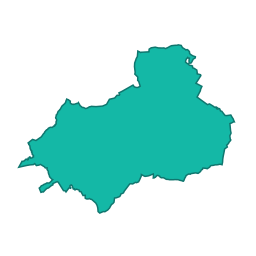 outline of Valea Danului, Arges, Romania, rotated 275°
{"feature_id": "2599482B29743473178057", "entity_name": "Valea Danului", "entity_type": "district", "adm_level": 2, "iso_a3": "ROU", "parent_name": "Romania", "parent_adm1": "Arges", "projection": "natural_earth1", "projection_center": [24.617, 45.19], "detail": "fine", "context": "isolated", "style": "filled", "palette": "teal", "viewbox_px": 256, "rotation_deg": 275, "n_neighbors": 0, "source": "geoboundaries", "source_scale": "gbopen_adm2", "svg_char_len": 5526}
<svg xmlns="http://www.w3.org/2000/svg" viewBox="0 0 256 256"><g transform="rotate(275 128 128)"><path d="M210.7,155.5L210.4,151.4L210.9,148.1L209.9,144.1L208.4,142.2L207.7,142.2L205.7,142.2L205.5,140.9L205.2,138.7L204.8,136.0L204.6,134.5L204.3,134.1L204.7,133.1L205.1,132.1L205.5,131.1L202.1,131.1L200.0,131.1L198.0,130.2L193.3,129.0L189.7,129.1L184.1,130.3L182.3,130.1L179.7,133.2L178.8,133.4L178.4,133.4L177.7,133.4L176.2,133.5L175.7,134.2L175.3,134.6L170.7,136.5L169.3,134.5L169.2,134.0L169.1,132.8L169.5,130.7L171.2,129.3L164.1,119.0L162.2,115.9L160.6,116.8L159.9,116.5L159.6,114.2L156.7,112.1L155.0,107.0L149.7,104.6L147.6,100.7L146.5,94.2L146.4,90.5L146.4,89.6L146.0,88.8L145.7,87.6L145.1,86.9L144.1,85.4L143.7,83.8L144.5,82.1L144.5,80.6L145.1,79.9L145.6,79.1L146.3,78.1L147.2,77.7L148.4,76.7L149.0,76.4L148.1,75.8L148.1,75.0L147.7,74.2L146.7,71.8L147.0,71.2L146.7,70.4L146.8,70.1L147.5,68.8L148.0,68.3L148.9,68.2L149.7,68.2L150.6,66.7L151.0,66.1L151.2,65.0L151.5,64.5L150.4,64.1L149.8,63.9L149.1,63.8L148.7,63.7L148.3,63.7L146.8,62.9L146.4,62.5L144.1,60.3L142.5,59.6L141.1,59.0L140.3,58.6L140.2,58.3L139.8,58.2L139.1,57.6L138.5,57.0L138.0,56.8L136.1,56.3L135.1,55.9L134.6,55.3L133.9,55.5L133.0,55.3L132.2,55.0L131.4,55.2L130.8,55.8L129.9,56.2L129.0,56.2L128.3,55.8L127.7,56.0L126.9,55.8L126.2,56.1L125.8,56.1L125.3,55.3L125.0,55.1L124.7,54.9L124.3,54.9L124.1,55.1L123.7,54.8L123.3,54.4L123.5,54.0L123.5,53.9L122.9,53.3L122.2,52.9L122.0,52.6L122.0,52.1L122.0,50.9L121.9,50.6L121.6,49.9L121.1,49.2L121.0,48.9L120.3,48.3L119.8,48.2L119.4,47.7L119.1,47.1L118.4,46.5L118.1,46.3L117.8,46.1L117.0,45.5L116.6,45.3L116.1,45.3L115.9,45.1L115.6,44.9L114.9,44.3L111.7,42.5L107.5,37.4L108.3,33.9L104.4,29.8L104.0,30.2L103.7,30.7L103.2,30.5L102.9,30.6L102.4,31.2L101.8,31.7L99.7,32.3L99.7,32.2L99.2,32.3L98.7,32.4L97.9,33.1L97.5,33.1L96.9,34.0L96.7,33.9L96.1,33.9L95.8,34.3L95.5,34.1L95.1,34.5L94.7,34.5L94.0,34.9L93.4,34.9L92.4,36.2L91.9,36.0L91.7,36.1L91.0,36.4L90.5,35.4L90.2,35.4L89.7,34.6L89.5,33.5L90.1,33.3L90.3,33.2L90.5,33.0L90.4,32.9L90.5,32.4L90.0,32.3L89.6,31.8L89.1,31.4L89.1,31.1L88.8,31.1L88.3,31.4L87.9,31.4L87.5,30.9L87.8,30.0L88.1,30.0L88.1,29.1L87.1,28.2L86.4,27.7L86.0,27.0L85.6,26.1L85.6,25.3L85.0,25.1L79.4,22.6L80.4,25.7L81.9,30.5L82.7,33.5L83.3,37.0L84.4,38.2L82.6,40.0L83.3,42.5L84.1,44.1L82.8,46.6L82.1,48.1L81.0,49.1L81.2,50.9L79.5,51.0L78.7,51.8L77.8,52.4L76.6,52.5L75.3,53.0L74.0,53.7L72.7,54.1L72.1,54.6L70.1,56.9L70.0,57.4L67.6,55.6L66.3,54.3L66.2,52.0L65.2,50.7L64.6,49.3L63.4,47.9L62.9,46.7L61.4,45.8L60.4,44.8L57.8,46.1L56.3,46.9L56.9,48.3L56.9,49.3L58.5,50.5L60.6,52.3L61.4,54.1L63.6,56.3L64.9,58.2L66.1,58.0L68.4,62.1L67.8,63.3L60.0,69.2L59.9,71.0L58.9,71.8L61.7,73.5L62.4,74.0L63.0,74.3L63.3,75.0L62.9,75.8L63.0,76.1L63.6,76.2L64.1,75.6L64.8,75.2L65.5,75.2L66.0,75.7L66.3,76.6L65.6,77.4L64.7,77.8L63.7,78.3L63.1,78.5L62.5,78.8L62.4,79.3L62.6,79.5L62.6,79.8L62.7,80.0L61.7,80.6L62.6,82.1L61.9,84.7L60.5,85.2L60.5,86.7L56.8,89.1L57.2,91.3L55.7,91.3L54.2,91.6L53.7,93.2L53.9,94.8L54.4,95.7L53.9,96.6L53.6,98.2L50.4,102.5L48.1,104.0L45.6,104.9L42.1,105.5L40.8,107.3L42.6,110.6L42.6,112.3L44.6,115.0L46.7,116.6L48.8,117.5L50.3,118.2L51.4,119.5L52.8,120.5L57.1,120.7L57.5,122.6L58.5,124.7L59.0,125.7L60.1,126.3L61.7,126.7L62.6,128.6L63.1,129.2L64.6,129.7L72.3,134.5L72.5,134.7L72.7,135.7L72.7,137.6L74.4,139.9L74.5,140.2L74.3,140.9L74.3,141.3L75.3,143.2L77.4,144.1L79.2,144.7L81.6,145.5L82.8,145.4L82.5,146.1L81.5,148.4L81.3,149.2L82.0,152.2L82.7,153.9L83.6,155.5L84.4,157.2L82.5,157.5L80.4,157.5L80.6,158.5L81.0,158.9L81.3,159.5L81.9,160.0L82.8,160.7L83.1,160.9L83.4,161.8L82.6,163.9L82.1,164.1L81.8,164.4L81.6,164.9L81.3,165.5L81.4,166.1L81.6,167.5L81.1,168.8L80.7,169.6L80.2,170.6L80.3,172.4L80.1,173.8L80.3,175.9L80.4,177.5L80.7,179.2L80.9,182.5L80.4,184.5L80.1,186.7L79.8,187.4L79.9,187.9L80.7,188.3L81.8,188.6L83.1,189.0L84.7,189.8L85.7,190.0L87.4,192.3L87.5,194.3L88.0,194.6L89.2,199.3L88.9,201.7L89.5,202.5L90.2,203.2L90.4,203.5L90.8,203.8L91.3,204.2L92.2,204.5L92.7,204.8L93.0,205.3L93.2,205.8L93.9,205.8L94.6,206.1L94.6,207.8L94.6,209.0L94.4,210.2L94.4,210.7L95.2,211.5L95.8,212.4L96.2,212.8L97.5,213.5L97.8,214.0L98.3,216.5L98.9,218.0L99.0,219.3L99.3,220.9L99.7,221.8L99.9,223.1L99.6,224.9L102.3,225.2L105.1,225.1L108.1,225.3L111.6,225.7L115.6,226.1L117.7,228.6L119.5,227.8L120.6,228.9L122.1,229.8L122.4,229.7L124.5,231.3L125.2,231.4L125.6,230.9L129.1,230.1L130.7,230.7L131.9,231.1L134.3,230.4L141.3,229.1L141.8,230.3L142.6,231.6L143.4,232.7L143.4,233.4L144.9,232.6L146.2,232.0L148.0,230.6L149.9,229.3L149.3,226.7L148.9,224.9L149.0,223.5L152.9,219.9L153.0,218.7L154.9,217.8L155.3,217.2L155.4,216.2L154.7,215.9L154.7,215.1L155.6,214.2L156.2,214.8L156.6,214.0L156.2,212.3L156.9,211.5L159.1,207.1L158.2,205.1L164.8,194.1L171.3,196.8L173.0,197.0L175.9,198.0L178.5,191.8L186.5,196.0L187.4,195.6L188.0,192.2L189.2,192.1L191.7,191.5L193.2,188.7L193.6,187.2L194.4,187.0L195.4,186.8L195.7,185.8L195.8,185.1L195.8,184.1L195.9,183.7L197.3,182.0L197.4,181.3L198.6,179.6L200.2,179.6L201.8,180.1L203.4,181.3L202.9,181.6L202.9,183.1L200.8,182.9L198.4,183.2L198.0,183.3L198.0,184.3L198.4,185.3L199.2,185.7L202.3,187.0L203.7,188.9L204.9,188.9L205.5,186.4L206.3,184.7L207.5,182.9L209.3,182.6L210.6,181.4L211.3,180.0L210.8,178.9L211.5,177.8L212.0,176.8L212.4,176.1L212.7,175.3L214.9,173.8L215.1,171.7L215.2,170.7L214.7,169.8L214.5,167.7L213.8,164.2L213.1,162.9L211.4,160.4L210.9,159.3L210.5,158.8L210.4,158.2L210.7,157.5L210.9,156.8L210.7,155.5Z" fill="#14b8a6" stroke="#0f766e" stroke-width="1.5"/></g></svg>